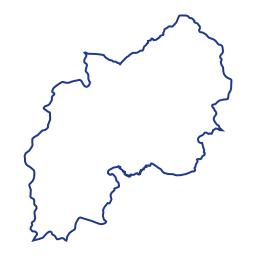 outline of Rueso, Narathiwat, Thailand
{"feature_id": "78962969B48534780184393", "entity_name": "Rueso", "entity_type": "district", "adm_level": 2, "iso_a3": "THA", "parent_name": "Thailand", "parent_adm1": "Narathiwat", "projection": "mercator", "projection_center": [101.513, 6.372], "detail": "fine", "context": "isolated", "style": "outline", "palette": "blue", "viewbox_px": 256, "rotation_deg": 0, "n_neighbors": 0, "source": "geoboundaries", "source_scale": "gbopen_adm2", "svg_char_len": 5767}
<svg xmlns="http://www.w3.org/2000/svg" viewBox="0 0 256 256"><path d="M186.3,15.6L181.5,15.4L179.3,15.7L178.2,17.9L176.8,21.6L176.0,22.8L172.7,26.4L171.3,26.6L170.0,26.3L168.7,26.5L167.3,27.8L165.3,28.7L164.5,29.4L164.1,31.4L163.3,32.8L163.1,33.3L163.5,34.4L163.0,35.1L161.0,35.5L159.9,36.3L159.9,36.8L159.3,37.7L158.6,37.9L157.7,38.8L155.7,39.9L153.6,40.1L153.3,39.9L153.0,39.0L151.9,38.6L151.5,38.6L150.6,40.4L148.0,40.9L148.1,42.8L146.9,43.5L146.4,44.8L144.6,46.2L143.9,47.1L143.2,49.7L142.5,50.6L140.3,50.7L138.2,52.2L137.0,52.7L134.7,52.9L132.8,52.8L130.2,54.5L128.5,56.1L126.9,57.0L125.5,58.2L123.3,60.7L121.6,62.3L120.1,64.3L119.0,63.3L118.6,63.1L117.8,63.0L117.1,62.7L116.2,61.8L113.2,61.5L112.0,60.5L109.7,60.1L109.2,59.9L105.7,57.5L104.6,56.4L104.1,55.4L103.4,55.0L99.7,54.4L95.8,54.0L87.7,53.7L85.9,52.6L85.4,52.5L84.6,52.7L85.9,54.3L86.4,55.6L86.1,56.6L84.5,59.3L84.3,60.6L84.3,62.0L84.6,62.5L86.6,64.1L87.0,65.2L85.7,70.1L85.7,70.9L85.9,71.5L87.1,72.8L88.1,74.3L88.4,75.8L88.3,78.2L88.5,79.4L89.1,80.9L90.0,82.2L89.5,84.4L88.4,85.9L87.0,86.7L86.2,86.8L85.3,86.5L84.2,85.7L83.8,85.2L81.4,81.0L80.4,80.2L79.3,79.9L71.7,81.6L70.1,82.3L68.5,82.8L66.7,82.8L64.9,82.5L63.6,82.1L62.2,82.0L60.7,82.8L58.3,84.3L54.2,87.4L53.3,88.5L52.4,90.4L52.2,91.6L52.5,92.1L54.2,93.3L54.4,94.0L54.0,94.7L52.6,95.9L51.9,97.1L51.9,99.9L50.2,103.1L49.2,104.4L48.7,104.8L47.1,105.6L45.1,106.3L43.9,107.6L43.7,108.1L43.9,108.7L48.2,111.8L49.6,112.3L49.9,112.7L50.2,119.2L50.0,120.0L48.1,124.7L48.0,125.5L48.0,127.3L47.7,127.8L45.8,129.5L44.4,130.2L42.7,130.4L41.9,130.9L37.7,135.2L35.8,136.1L33.3,137.8L32.5,138.7L32.3,139.9L32.3,142.6L32.5,144.7L32.3,145.9L31.8,146.9L29.2,150.7L25.7,153.2L24.6,156.2L25.0,158.5L25.0,161.3L26.2,164.3L28.4,166.1L30.3,167.2L33.4,169.9L33.9,170.5L34.2,171.3L34.4,172.9L34.2,176.5L33.9,178.1L33.4,179.5L32.5,181.1L29.5,184.3L29.3,185.0L29.3,185.6L30.7,189.5L30.8,190.4L30.4,196.7L30.8,197.4L31.4,197.9L33.4,198.9L33.8,199.3L34.1,200.0L34.2,201.1L34.2,203.9L34.9,205.2L35.6,205.7L36.2,206.4L36.5,207.2L36.5,208.6L34.8,211.2L34.5,212.2L34.5,213.3L35.2,217.8L35.0,219.1L34.4,220.5L33.6,221.3L32.3,222.1L31.9,222.7L31.8,223.6L32.1,224.4L32.1,225.4L31.6,226.3L30.9,227.0L30.5,229.0L32.3,231.2L33.0,231.4L34.8,231.4L35.9,232.2L36.8,233.1L37.1,233.8L36.9,234.7L35.1,237.1L33.2,240.5L39.5,238.9L42.9,237.7L46.6,233.5L48.7,231.9L50.3,231.5L51.5,232.3L51.9,233.7L52.7,234.7L54.5,235.6L55.5,236.9L56.1,238.1L56.9,239.2L58.5,239.2L61.9,238.0L63.6,238.5L65.2,240.1L66.3,240.6L66.8,239.2L67.2,236.6L69.3,233.2L71.9,231.1L74.2,229.7L75.1,228.8L75.3,226.2L75.8,223.2L78.1,219.1L79.0,218.0L80.3,217.5L91.5,220.9L99.2,223.8L101.5,224.2L104.0,223.6L105.4,222.9L106.2,221.7L105.5,220.8L104.0,219.7L103.0,216.3L102.9,215.1L103.4,212.4L103.1,210.4L103.4,209.1L104.8,206.6L106.3,204.9L107.5,203.1L109.1,203.4L109.6,203.1L110.1,202.4L111.4,199.6L111.4,198.8L110.7,196.6L110.6,194.8L111.7,192.6L113.3,191.3L114.4,190.1L114.4,188.6L118.4,187.0L118.8,186.7L119.0,186.1L118.8,184.1L118.4,182.6L116.4,180.7L116.2,179.4L115.4,177.1L114.1,175.4L113.0,174.4L112.1,174.0L111.6,174.1L110.8,174.8L110.0,174.8L108.9,174.1L108.0,173.2L108.1,171.5L108.5,170.6L109.1,170.0L111.3,168.9L113.4,167.6L117.4,166.9L118.2,166.5L118.4,166.2L119.3,166.7L120.2,166.9L120.4,167.2L120.3,167.6L119.5,167.7L119.4,167.9L119.5,168.2L122.3,170.0L122.9,171.4L123.6,171.2L123.8,172.0L124.2,171.8L124.9,171.9L125.1,173.3L124.7,174.2L125.4,174.7L125.9,174.8L126.0,175.2L126.4,175.2L126.8,174.9L127.6,175.1L127.7,176.0L128.9,175.6L128.9,176.4L129.1,176.7L129.6,176.4L130.0,176.5L130.3,176.3L130.5,175.9L130.5,174.8L130.8,174.5L131.8,174.8L133.5,174.9L134.7,174.4L135.4,173.7L136.1,173.4L136.8,173.4L137.4,173.9L137.6,173.7L137.4,173.4L137.7,173.2L137.9,173.3L138.3,174.1L138.7,174.5L139.8,174.4L140.1,174.0L140.0,173.7L140.3,173.3L140.0,172.5L140.0,172.0L140.9,171.8L141.2,171.5L140.6,170.6L140.7,170.0L140.9,169.9L141.6,170.3L142.6,169.9L143.2,168.8L144.0,169.1L144.2,168.7L144.3,167.7L145.2,167.0L145.5,166.3L146.2,167.0L146.5,167.0L146.6,165.6L147.4,165.6L148.2,165.4L148.9,165.9L150.1,165.8L150.7,164.6L150.6,164.1L150.9,163.6L152.2,163.6L154.7,165.1L158.4,167.8L161.0,169.4L162.4,171.5L164.2,173.0L168.2,174.0L172.8,174.2L176.3,175.3L180.3,175.2L186.1,174.0L190.3,172.3L191.2,171.7L194.5,171.2L195.2,169.8L194.5,168.3L194.7,167.7L195.3,167.1L195.7,165.2L196.4,163.5L197.5,161.6L197.5,161.0L197.0,159.6L197.9,159.0L199.9,159.2L200.8,159.0L201.2,158.2L201.8,157.7L202.3,156.3L203.6,155.4L204.3,155.2L204.7,154.1L204.7,153.0L203.9,152.4L203.8,152.0L204.2,150.9L204.2,150.2L203.4,148.0L202.1,143.0L200.3,142.9L198.8,142.0L198.1,140.4L198.0,139.6L198.1,138.6L198.7,137.6L199.5,136.6L203.1,134.8L204.4,133.0L204.9,132.6L206.5,132.7L208.2,133.8L208.8,133.9L209.6,133.4L211.3,133.8L211.7,133.7L212.5,132.1L213.0,130.3L214.5,129.4L215.6,128.5L217.4,128.8L219.7,130.1L222.3,130.3L219.3,127.6L219.0,126.0L216.9,124.5L216.1,123.6L214.6,121.5L213.9,119.9L213.8,118.2L214.4,116.8L216.1,114.5L216.4,113.2L215.8,111.8L214.3,109.8L214.1,108.6L213.0,107.7L212.2,106.5L212.2,105.1L213.4,104.5L214.8,104.3L215.9,103.6L217.7,101.8L219.0,100.8L220.4,100.3L223.1,99.6L226.4,99.3L227.9,98.8L228.3,97.0L228.5,94.5L228.9,93.3L230.3,91.1L231.1,88.6L231.4,80.1L230.5,79.1L228.1,78.1L225.8,76.6L225.0,75.5L223.9,73.8L223.6,72.6L223.3,71.1L223.1,67.5L221.7,65.2L220.8,62.5L221.1,61.2L221.6,60.1L221.4,58.8L220.4,57.9L220.1,56.6L220.6,55.2L222.3,53.3L223.0,51.7L222.6,47.7L222.1,46.0L221.0,45.1L218.4,44.4L215.7,41.0L214.4,39.9L213.3,39.3L209.1,37.8L208.1,36.9L206.1,34.6L205.1,33.9L202.8,32.6L200.1,32.1L199.3,31.1L199.1,30.0L199.9,28.4L199.9,26.7L197.5,23.5L195.3,22.7L194.4,22.1L194.2,21.7L194.5,21.0L192.4,18.7L191.3,18.1L190.1,18.2L189.2,17.7L188.8,17.0L187.7,16.1L186.3,15.6Z" fill="none" stroke="#1e3a8a" stroke-width="2"/></svg>